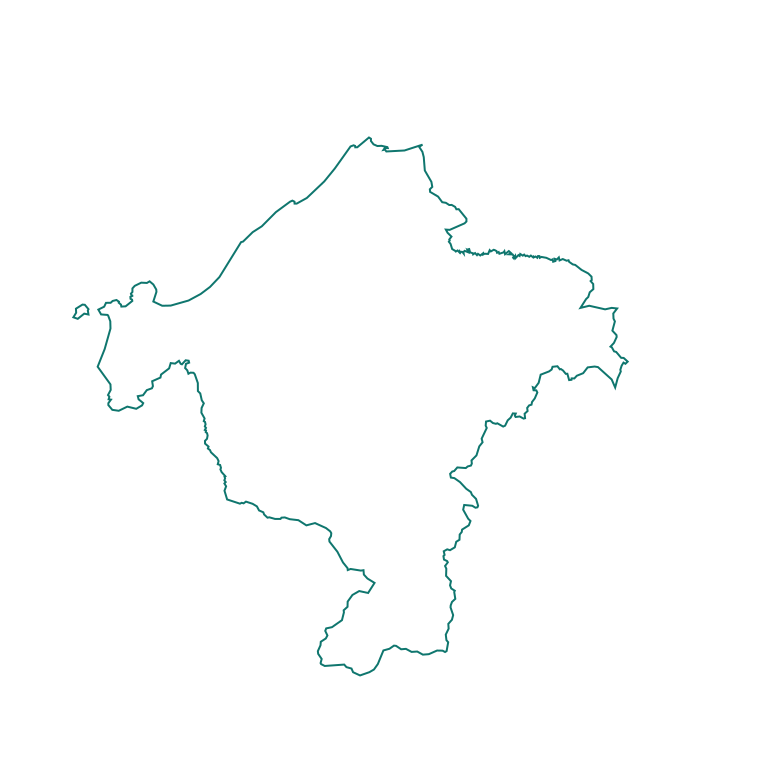 Lang Suan, Chumphon, Thailand, rotated 232°
{"feature_id": "78962969B12315134210543", "entity_name": "Lang Suan", "entity_type": "district", "adm_level": 2, "iso_a3": "THA", "parent_name": "Thailand", "parent_adm1": "Chumphon", "projection": "orthographic", "projection_center": [99.044, 9.933], "detail": "fine", "context": "isolated", "style": "outline", "palette": "teal", "viewbox_px": 768, "rotation_deg": 232, "n_neighbors": 0, "source": "geoboundaries", "source_scale": "gbopen_adm2", "svg_char_len": 6167}
<svg xmlns="http://www.w3.org/2000/svg" viewBox="0 0 768 768"><g transform="rotate(232 384 384)"><path d="M135.2,267.1L135.0,268.9L141.0,275.6L143.7,275.5L148.5,278.4L151.4,284.3L155.4,287.0L156.4,292.4L159.3,296.2L167.0,298.9L168.5,300.3L170.4,303.4L170.8,307.9L176.9,311.3L177.5,312.5L181.5,311.1L184.7,312.1L187.4,315.4L194.6,314.8L200.1,319.4L203.0,320.1L204.2,324.5L205.6,324.7L208.7,323.2L211.8,324.9L212.0,326.5L215.4,328.1L214.8,332.0L212.4,333.7L211.7,339.2L215.2,343.8L214.8,347.6L218.8,351.0L219.5,354.1L221.2,355.9L220.4,363.8L222.8,367.8L226.0,367.4L236.2,369.0L239.3,372.7L233.7,378.6L230.2,379.9L229.3,381.7L230.1,383.2L236.8,385.8L242.5,385.1L245.4,385.9L250.8,384.3L259.9,383.5L266.5,381.5L269.1,379.1L272.5,380.8L273.0,383.9L272.2,385.7L273.1,390.4L267.4,396.7L267.5,399.2L266.2,402.3L267.2,404.2L269.9,405.9L270.8,412.9L276.2,420.7L277.4,425.8L280.8,427.3L286.1,437.9L288.6,438.5L291.6,441.3L289.8,445.0L286.2,445.8L283.7,447.7L283.3,449.1L277.1,451.7L276.6,453.8L279.2,459.1L279.5,463.1L281.5,467.4L279.6,469.6L278.5,467.6L277.0,467.4L274.9,470.9L270.8,472.7L270.2,474.1L274.0,476.5L274.3,480.5L277.0,482.1L277.8,485.2L276.9,487.5L278.7,489.6L279.8,493.9L282.9,499.6L285.2,500.1L287.0,498.0L289.7,499.3L287.9,500.2L289.7,506.6L294.9,513.2L292.3,521.8L292.2,525.0L293.8,527.4L291.2,531.6L287.3,531.6L286.9,532.6L284.4,533.4L280.1,533.5L279.2,534.8L273.1,532.3L271.9,534.3L272.9,535.3L271.2,537.4L271.8,541.0L269.9,547.6L271.7,554.7L268.1,560.7L265.6,563.0L247.4,566.2L238.9,564.0L244.7,571.7L248.1,578.3L249.7,579.0L252.1,582.5L253.4,585.9L251.3,586.7L251.6,589.8L257.0,588.9L258.6,587.0L266.3,586.7L268.1,585.4L272.6,586.1L274.0,585.5L274.8,590.5L277.8,596.3L279.4,597.3L285.4,596.8L291.2,604.5L294.2,605.1L298.4,608.1L300.0,614.2L303.8,610.3L306.7,604.2L319.3,593.9L323.0,585.7L326.5,595.5L326.8,598.5L329.6,602.6L329.9,607.4L334.0,610.4L337.9,610.2L338.0,611.7L340.8,613.6L345.4,613.0L352.3,609.9L360.1,608.0L362.0,606.4L366.3,605.1L367.9,605.6L368.7,603.8L372.4,601.8L373.3,598.4L376.1,599.7L375.7,596.8L377.4,595.7L375.4,594.7L376.2,592.6L378.4,593.7L378.8,592.0L383.5,589.6L387.2,586.3L387.5,584.5L389.1,585.2L390.0,584.2L389.1,582.5L391.1,582.0L391.4,580.6L392.3,580.4L391.9,579.5L394.8,578.8L394.8,576.8L397.1,575.8L397.6,574.3L399.7,574.1L399.7,572.4L402.6,571.4L401.4,569.7L402.8,569.3L402.2,565.0L404.1,566.2L403.2,563.6L404.1,563.5L404.6,565.1L406.9,565.1L409.3,562.3L409.0,564.7L411.9,564.2L411.8,559.3L414.5,560.6L414.1,559.3L415.6,555.1L417.4,555.6L417.8,553.9L419.5,554.5L421.3,553.7L422.2,553.1L422.7,549.8L424.4,549.7L422.4,546.1L424.7,543.5L425.0,541.8L426.0,542.5L426.0,539.0L428.7,538.2L428.3,536.6L431.1,536.4L431.3,534.1L432.2,534.6L434.7,532.9L437.9,534.2L438.3,533.3L437.1,532.6L438.2,532.2L435.9,531.5L439.3,529.5L439.0,527.8L437.8,527.1L439.8,527.1L440.8,526.1L440.5,525.1L441.7,525.2L441.1,524.5L443.9,524.2L444.3,521.3L444.5,522.3L448.4,520.8L453.4,522.7L456.2,522.7L456.6,524.1L457.7,524.4L458.6,527.9L464.0,527.2L467.6,527.8L465.0,530.7L461.0,546.4L461.3,549.0L463.5,550.7L475.8,550.5L477.1,548.6L479.8,549.1L483.4,547.6L484.9,545.6L488.7,544.3L491.4,541.8L498.4,542.0L507.0,538.6L509.2,540.0L509.6,543.4L514.1,545.8L527.1,547.6L538.3,555.0L543.3,557.2L549.2,557.7L548.9,561.7L555.4,543.9L565.8,529.0L568.1,529.1L568.8,527.7L569.5,529.9L567.6,532.2L568.6,532.5L573.2,528.7L575.6,525.3L579.3,523.3L583.5,523.3L585.3,524.7L587.5,523.9L587.0,508.7L588.2,507.1L589.4,507.8L590.8,507.0L591.8,503.9L584.1,477.9L580.4,461.6L578.1,437.7L579.9,426.3L581.2,424.6L582.8,425.7L584.9,424.7L585.5,422.2L586.0,404.6L583.5,384.8L584.5,374.0L583.0,360.6L583.8,358.7L569.6,320.2L567.6,306.7L567.8,294.9L570.1,281.4L577.1,264.2L582.2,257.4L591.0,253.0L596.7,261.4L598.7,262.7L604.4,263.5L609.2,262.5L609.6,259.4L613.3,255.1L614.8,248.0L614.2,244.6L611.4,242.4L611.0,240.2L609.2,239.5L608.2,240.7L608.8,237.8L607.2,236.7L605.6,237.4L604.4,236.8L604.3,228.2L606.7,224.7L608.5,225.6L611.4,225.0L612.0,225.8L614.9,224.9L616.5,221.3L616.3,218.6L619.1,214.9L617.2,211.1L618.5,204.7L613.0,203.9L608.6,208.7L607.5,208.7L601.9,206.9L596.1,202.6L583.5,185.4L573.9,169.0L552.1,168.2L547.6,165.0L545.2,159.7L543.1,159.8L541.5,157.6L539.8,159.2L538.6,155.0L537.1,153.8L530.9,154.0L526.2,158.5L524.2,167.8L517.0,173.5L516.1,180.2L517.2,182.5L523.0,181.2L526.0,182.5L523.5,187.2L525.2,193.3L523.5,198.5L524.6,200.6L528.9,203.0L526.7,211.8L528.7,214.1L528.6,224.3L531.8,228.8L528.7,231.9L528.5,236.7L525.1,236.2L523.9,236.9L524.8,242.3L522.6,244.4L520.8,243.6L521.8,240.4L519.0,237.1L515.9,237.4L512.5,236.2L512.1,238.5L510.1,240.8L508.2,240.9L499.4,237.9L493.0,233.0L489.7,233.4L483.4,230.4L479.7,230.1L477.4,225.5L473.8,222.4L467.3,221.4L465.7,219.1L464.3,219.6L462.1,218.6L460.9,216.7L459.0,216.7L458.1,214.5L456.9,215.1L455.9,213.9L454.2,214.3L452.0,213.3L449.8,210.8L449.4,207.9L447.2,206.3L442.7,207.2L441.6,205.5L439.1,206.2L436.7,205.6L428.3,206.9L425.1,206.2L423.1,203.6L421.1,205.0L418.3,203.9L417.4,202.5L414.5,201.8L409.0,202.2L409.2,201.3L407.5,200.7L406.4,198.9L404.2,198.9L403.9,197.0L400.6,196.6L398.1,192.6L389.6,189.3L378.4,196.8L378.0,198.7L376.4,199.9L376.3,202.8L370.5,206.7L365.8,208.5L361.3,207.7L357.2,209.9L355.0,209.2L350.4,209.9L349.5,211.6L344.7,215.1L341.4,219.4L341.8,220.9L339.9,223.7L335.5,226.5L329.4,232.7L320.4,235.8L316.9,244.0L306.2,249.6L301.0,250.9L298.9,250.6L296.8,248.6L295.5,245.3L293.4,244.0L280.5,244.0L268.6,241.8L261.4,241.9L259.7,240.9L258.8,243.8L251.2,250.9L249.9,253.2L246.2,250.8L240.9,251.2L233.1,254.1L229.1,242.8L236.1,237.0L237.2,229.3L234.9,221.4L230.9,218.1L230.5,212.9L228.7,211.8L223.8,205.5L224.4,193.3L227.0,188.0L225.6,185.7L220.7,184.6L219.3,181.5L219.8,175.5L217.2,173.1L214.2,167.4L211.9,166.0L205.7,165.6L203.1,162.2L202.0,162.0L198.3,163.7L187.4,179.9L184.0,180.1L179.8,183.2L175.9,182.2L169.1,185.7L165.9,195.1L165.2,200.3L167.1,206.7L174.4,219.5L172.0,225.3L171.7,230.8L170.2,232.3L164.4,234.2L161.8,238.2L155.9,240.8L152.7,245.5L146.8,248.0L143.5,253.0L141.3,261.7L137.8,266.0L135.2,267.1ZM632.2,195.3L633.0,187.6L629.7,185.3L627.8,180.3L623.9,182.8L624.0,191.1L620.7,193.9L624.3,195.9L624.9,197.2L630.6,197.0L632.2,195.3Z" fill="none" stroke="#0f766e" stroke-width="2"/></g></svg>